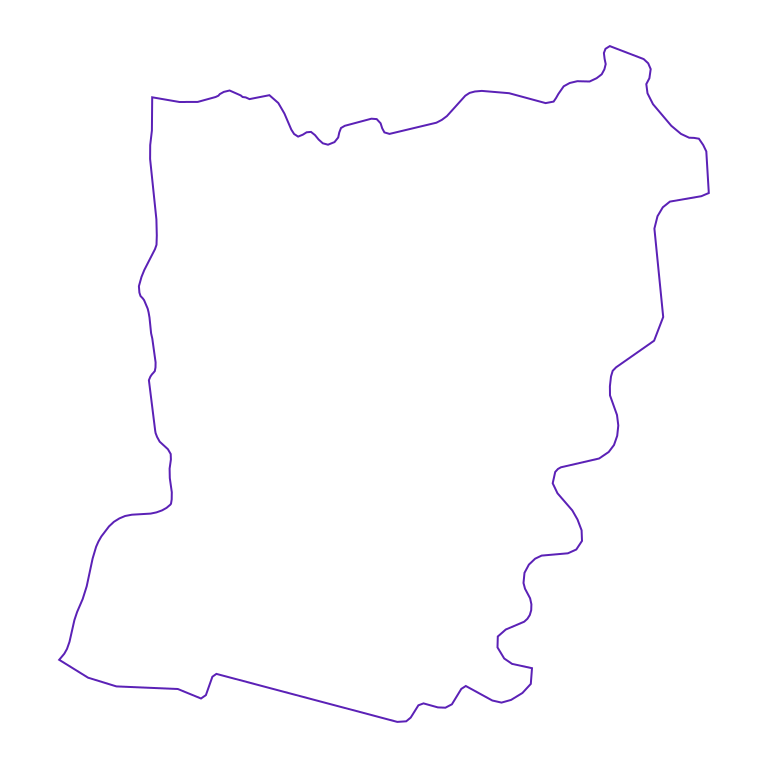 the Metropolitan department of Mayenne
{"feature_id": "FRA-5324", "entity_name": "Mayenne", "entity_type": "Metropolitan department", "adm_level": 1, "iso_a3": "FRA", "parent_name": "France", "parent_adm1": "", "projection": "albers", "projection_center": [-0.661, 48.148], "detail": "fine", "context": "isolated", "style": "outline", "palette": "violet", "viewbox_px": 768, "rotation_deg": 0, "n_neighbors": 0, "source": "natural_earth", "source_scale": "10m", "svg_char_len": 2539}
<svg xmlns="http://www.w3.org/2000/svg" viewBox="0 0 768 768"><path d="M532.0,668.2L530.8,683.9L522.4,693.0L511.1,699.9L501.5,702.6L492.3,700.5L465.8,686.0L461.3,688.9L451.9,704.3L445.4,707.7L437.9,707.4L423.5,703.4L418.4,705.3L410.7,717.6L406.2,721.3L397.3,721.9L216.4,673.9L212.4,676.7L205.9,695.1L201.0,698.5L177.8,689.0L116.4,686.4L88.1,677.7L59.2,659.8L64.3,653.7L67.0,648.9L69.5,641.8L74.4,620.1L77.1,612.0L82.7,599.0L86.7,586.3L92.6,558.6L96.1,546.8L98.4,541.6L101.3,536.5L109.0,526.4L113.9,521.8L119.4,518.4L125.1,516.0L131.9,514.7L150.6,513.6L156.4,512.4L162.0,510.4L166.5,507.9L170.3,504.7L171.0,503.7L171.7,499.4L171.8,492.2L169.8,478.1L169.6,468.6L170.9,459.5L170.7,454.0L167.9,449.2L159.7,441.7L157.1,437.0L155.6,433.1L155.2,430.8L148.9,380.2L150.4,376.6L151.9,374.4L153.3,372.9L154.8,371.1L155.5,367.4L155.6,362.4L152.3,338.6L151.1,333.3L149.5,317.6L148.6,312.4L147.7,308.7L144.1,300.2L142.8,298.4L140.5,296.0L139.4,292.6L138.9,286.2L141.5,276.9L144.3,270.0L155.0,249.1L156.5,244.8L156.8,235.5L156.4,219.4L150.1,159.0L150.2,145.1L151.9,130.5L152.2,97.3L179.5,102.0L197.8,101.9L215.6,97.0L218.4,95.7L219.8,94.1L223.8,91.9L229.6,90.5L240.7,95.4L242.6,97.0L245.7,97.4L249.5,99.1L269.4,95.2L278.3,103.0L284.4,113.5L291.3,129.6L294.1,134.0L298.1,136.6L302.8,134.7L306.6,132.3L311.0,131.9L315.0,135.1L318.6,139.5L322.8,143.3L328.0,144.7L334.5,142.1L338.2,137.5L339.3,132.4L341.0,128.0L344.8,125.8L371.4,118.7L376.7,119.1L380.6,123.3L382.2,128.3L384.4,132.4L389.5,133.9L436.4,122.7L441.8,119.9L446.9,116.1L465.3,95.7L469.6,92.9L474.9,91.5L481.8,90.9L509.1,93.2L545.6,103.1L553.6,101.6L556.0,98.1L558.4,93.9L563.7,86.3L569.7,83.0L577.3,81.2L589.6,81.5L596.6,78.2L601.7,74.3L604.4,69.3L605.7,64.1L604.6,58.8L603.9,53.0L605.5,48.8L609.8,46.1L643.7,59.1L648.2,63.3L650.7,69.1L649.4,78.2L646.3,84.1L647.5,93.3L653.0,104.2L671.3,125.8L681.0,133.9L689.1,137.7L694.1,137.9L698.9,138.7L703.2,145.0L706.3,151.4L708.8,193.0L701.3,196.2L669.9,201.6L662.8,207.3L657.5,216.2L654.4,228.6L663.2,317.0L654.1,340.7L616.1,367.3L612.7,370.8L611.0,376.5L609.9,386.3L610.0,395.4L617.0,415.0L618.3,425.5L617.2,435.8L614.0,445.0L608.7,452.0L599.1,458.5L560.9,467.3L557.9,469.0L555.2,472.0L552.7,483.3L557.5,493.3L572.3,510.4L577.5,519.5L581.6,530.3L582.0,540.9L576.3,549.5L567.9,553.3L541.6,555.6L535.1,558.7L528.9,564.6L524.5,572.8L523.5,583.0L525.0,588.7L530.1,598.3L531.4,604.3L531.2,610.2L529.8,615.0L527.4,618.8L524.2,621.7L505.8,629.5L497.8,636.5L497.5,647.4L504.2,658.5L512.1,663.9L532.0,668.2Z" fill="none" stroke="#5b21b6" stroke-width="2"/></svg>